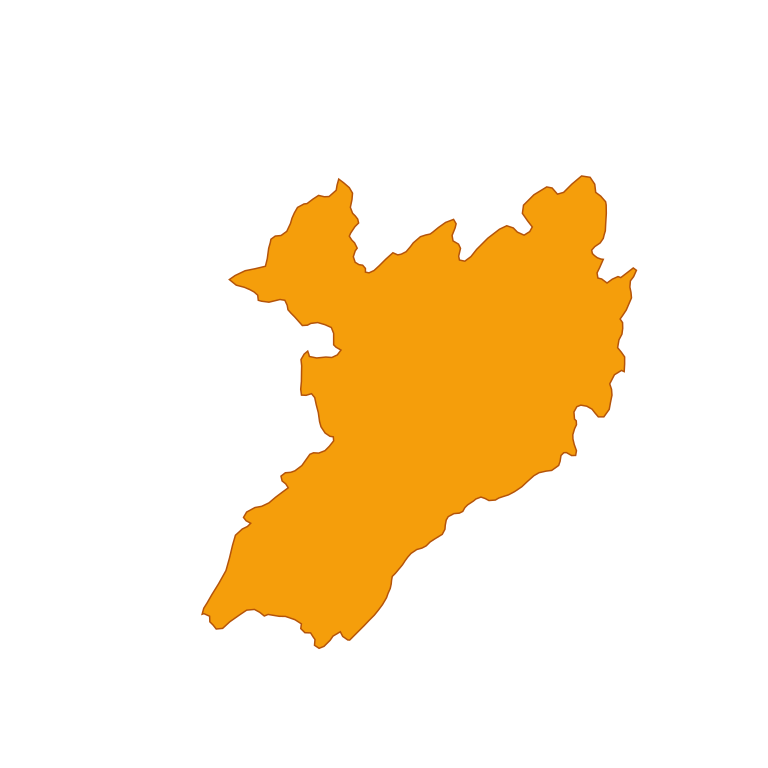 outline of Novogrudok, Grodno, Belarus, rotated 135°
{"feature_id": "67162791B21439902878143", "entity_name": "Novogrudok", "entity_type": "district", "adm_level": 2, "iso_a3": "BLR", "parent_name": "Belarus", "parent_adm1": "Grodno", "projection": "robinson", "projection_center": [25.854, 53.617], "detail": "fine", "context": "isolated", "style": "filled", "palette": "amber", "viewbox_px": 768, "rotation_deg": 135, "n_neighbors": 0, "source": "geoboundaries", "source_scale": "gbopen_adm2", "svg_char_len": 4173}
<svg xmlns="http://www.w3.org/2000/svg" viewBox="0 0 768 768"><g transform="rotate(135 384 384)"><path d="M205.4,222.9L199.7,228.0L194.7,233.0L193.7,238.7L193.1,244.5L186.6,249.1L180.5,251.0L175.9,254.5L171.9,258.7L171.1,263.0L166.9,263.7L160.4,265.0L148.1,269.9L144.6,274.1L141.6,278.7L136.8,282.7L131.6,283.4L125.1,285.9L125.7,289.8L135.1,291.0L141.3,291.8L142.6,294.5L148.4,296.7L154.9,297.7L155.8,304.3L157.8,307.7L154.8,311.9L149.0,313.9L140.8,317.1L142.3,319.0L143.9,322.5L144.4,326.1L144.4,328.9L142.5,331.8L137.8,332.1L131.4,330.9L126.0,331.9L122.9,333.8L119.2,335.8L114.0,340.5L106.2,347.4L100.3,353.5L98.4,356.2L97.9,363.6L98.8,369.8L93.7,376.3L92.1,384.4L97.2,391.4L109.8,392.5L121.5,392.5L127.1,395.6L126.5,403.7L129.6,408.3L144.2,411.8L158.9,411.8L165.5,406.8L167.1,397.9L168.1,390.2L173.2,388.7L179.7,390.2L182.3,397.1L182.2,402.9L185.3,409.1L192.9,411.8L207.5,413.7L223.2,413.7L232.4,412.6L240.0,413.7L243.0,418.3L240.8,421.6L234.0,425.8L232.4,430.2L234.0,436.4L230.8,440.9L223.3,444.1L219.7,446.3L218.4,451.2L226.2,454.7L235.0,456.2L242.1,456.9L245.3,457.4L249.2,459.9L254.1,462.4L263.5,463.1L268.4,462.4L274.8,461.9L280.0,463.6L283.0,465.6L284.9,470.5L294.6,471.0L303.7,471.0L310.8,471.3L316.0,473.2L318.0,476.2L315.4,478.9L315.1,483.1L317.3,486.1L318.3,490.5L315.7,495.7L310.2,498.5L306.9,499.0L305.0,504.6L305.0,508.6L304.0,513.1L300.8,514.3L293.3,515.8L288.1,515.8L286.0,519.2L285.5,523.0L285.5,526.9L282.9,532.7L276.3,537.0L271.3,541.2L269.7,547.4L270.2,554.4L271.1,560.9L276.6,557.8L280.8,554.8L290.3,555.4L293.8,558.6L296.9,563.6L303.5,565.0L310.9,566.0L313.3,567.9L320.3,570.0L326.3,568.4L331.8,566.3L336.7,563.6L344.8,560.7L351.8,561.8L356.3,565.5L361.6,566.3L364.4,564.4L369.6,561.5L378.0,555.1L384.6,551.1L393.7,556.7L402.1,562.3L412.6,566.0L419.5,567.2L418.6,558.4L414.4,551.2L412.1,545.5L410.8,541.0L410.5,536.1L413.7,532.1L412.1,529.2L407.5,523.2L397.8,517.3L394.9,513.3L396.8,508.1L399.4,504.4L399.7,499.7L399.7,494.8L400.4,483.1L396.5,479.7L392.9,478.6L387.4,474.3L383.8,467.7L381.3,461.2L383.8,455.4L388.4,450.8L391.9,447.3L391.9,443.8L390.4,438.4L396.5,437.6L402.1,439.6L406.1,444.2L413.2,450.0L417.3,456.2L416.2,458.1L414.7,461.2L419.3,461.6L425.4,460.0L429.4,455.0L433.5,451.1L440.6,444.2L446.6,439.2L450.2,434.5L447.1,431.1L442.1,428.4L442.6,423.4L446.6,417.2L450.7,410.2L456.2,402.9L458.8,398.3L460.3,391.0L459.2,385.2L457.2,382.5L459.8,379.4L466.8,378.6L472.9,378.6L479.0,381.3L482.5,385.2L486.1,386.7L492.7,385.6L499.8,384.4L508.4,385.6L512.4,387.5L516.5,391.0L522.0,391.7L524.6,387.5L524.1,382.9L525.1,378.3L532.2,379.4L540.8,380.6L549.4,381.3L557.0,384.0L562.6,387.9L571.7,390.6L577.7,389.0L578.2,384.8L576.7,379.8L581.3,379.8L586.8,381.7L596.0,382.1L605.1,377.1L616.3,370.2L627.7,363.8L642.2,359.7L654.6,356.8L663.8,354.3L670.0,352.9L675.4,349.8L673.7,348.9L671.5,343.1L675.3,339.0L675.3,334.4L675.9,329.4L670.9,325.3L661.1,324.9L649.1,322.8L641.0,321.2L635.0,316.2L633.3,310.4L632.7,304.6L628.9,303.0L622.4,293.9L618.0,289.3L613.6,280.2L612.0,272.8L615.8,269.9L615.8,264.1L611.9,259.9L613.0,255.0L613.5,252.1L617.9,248.4L616.8,243.0L611.9,240.9L603.2,240.9L598.3,241.8L590.1,239.7L591.7,234.7L590.6,228.6L589.3,227.2L576.6,227.2L568.5,227.2L561.1,227.4L554.3,227.4L547.8,228.1L541.0,229.1L533.3,231.1L529.4,233.0L524.2,235.0L520.3,237.5L517.4,239.9L514.2,242.1L509.7,242.1L498.7,243.1L494.1,244.1L489.6,244.8L484.7,245.1L477.9,243.8L473.1,241.1L468.6,239.7L463.1,239.7L458.2,238.7L449.1,236.5L443.6,238.2L440.7,240.7L436.2,243.8L432.3,244.8L426.2,242.9L422.0,239.4L418.4,238.2L414.2,239.4L410.3,239.4L403.5,238.0L400.3,237.7L395.4,235.5L393.5,231.6L392.2,227.4L387.3,223.2L383.4,222.2L379.6,220.3L374.4,217.6L367.9,215.6L359.2,213.9L352.1,213.7L343.0,213.2L337.2,211.7L331.0,207.8L326.5,204.3L318.1,202.9L314.2,204.8L309.4,208.3L305.5,208.3L303.5,206.5L301.9,200.7L299.0,198.0L295.1,200.7L292.2,206.8L289.3,211.5L286.4,214.6L280.9,217.6L276.7,219.1L274.1,222.0L274.1,224.5L269.5,229.9L263.7,231.6L259.8,229.9L256.3,224.9L254.7,219.1L255.3,214.2L255.7,209.2L251.8,205.3L242.7,206.8L236.6,211.0L230.7,214.9L226.9,219.3L224.3,224.5L214.5,227.6L206.5,225.7L205.4,222.9Z" fill="#f59e0b" stroke="#b45309" stroke-width="1.5"/></g></svg>